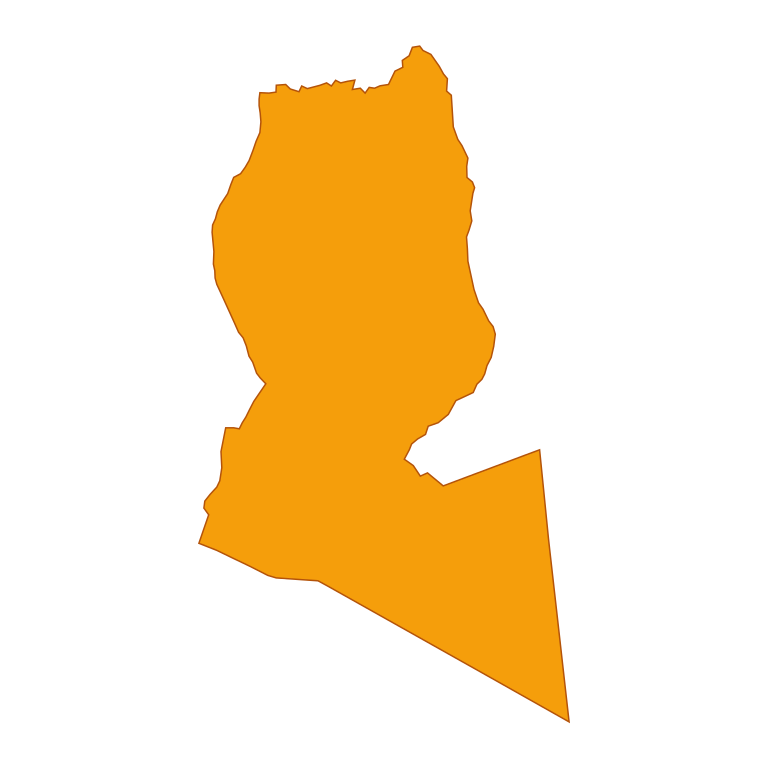 São Francisco do Pará, Pará, Brazil
{"feature_id": "56859067B25031377074866", "entity_name": "São Francisco do Pará", "entity_type": "district", "adm_level": 2, "iso_a3": "BRA", "parent_name": "Brazil", "parent_adm1": "Pará", "projection": "robinson", "projection_center": [-47.76, -1.208], "detail": "fine", "context": "isolated", "style": "filled", "palette": "amber", "viewbox_px": 768, "rotation_deg": 0, "n_neighbors": 0, "source": "geoboundaries", "source_scale": "gbopen_adm2", "svg_char_len": 1811}
<svg xmlns="http://www.w3.org/2000/svg" viewBox="0 0 768 768"><path d="M569.1,721.9L558.4,626.7L549.7,549.7L548.4,537.9L543.6,489.7L539.6,449.8L526.1,454.8L443.2,485.9L427.5,472.9L420.3,476.1L413.3,465.6L404.3,459.2L409.3,449.8L411.6,444.0L417.7,438.9L425.5,434.4L428.2,426.2L438.2,422.7L448.3,414.4L455.9,400.6L473.2,392.5L476.9,384.2L481.9,379.3L484.7,373.9L487.0,365.6L491.2,357.4L493.7,346.5L495.3,334.2L493.1,326.6L488.7,320.9L483.0,309.2L478.5,302.8L474.0,289.5L467.9,261.2L467.4,248.9L466.5,236.9L469.0,230.2L471.8,220.9L470.2,210.8L472.9,193.3L474.6,187.7L472.4,182.0L467.0,177.5L466.7,166.4L467.9,158.1L462.0,145.7L457.8,139.4L453.3,126.9L451.3,95.2L446.6,91.1L447.4,78.7L443.5,74.0L439.3,66.4L430.9,54.4L423.0,50.5L419.7,46.1L412.4,47.3L409.1,55.8L402.3,60.4L402.8,67.3L395.0,71.1L388.5,84.5L380.1,85.8L374.6,88.2L369.2,87.4L365.1,93.1L360.3,88.2L352.4,89.5L354.9,80.1L347.5,81.3L340.7,82.9L335.6,80.3L331.4,86.0L326.6,82.9L319.6,85.4L307.3,88.6L301.7,86.0L299.0,91.7L290.3,89.0L285.7,84.5L276.3,85.2L276.0,92.1L269.0,93.1L259.9,92.7L259.1,99.1L259.1,105.7L260.2,113.0L260.9,121.9L259.9,132.6L256.1,141.3L253.0,150.4L249.1,160.6L245.2,167.3L240.6,173.7L233.7,177.4L230.9,184.4L227.7,193.6L220.2,205.0L217.3,211.8L215.4,218.9L212.6,225.0L212.1,232.3L213.9,251.5L213.4,264.1L214.8,270.7L215.1,278.0L216.8,284.3L223.0,297.7L234.1,322.1L238.6,332.3L243.1,337.8L246.3,345.9L249.0,356.2L252.7,362.1L256.6,373.2L260.2,377.9L265.8,383.8L253.8,401.4L249.5,409.7L245.9,417.0L242.3,422.7L239.3,428.8L233.7,427.8L225.7,427.8L221.0,451.6L221.8,467.8L219.8,480.8L216.8,487.1L210.1,494.4L204.8,501.1L203.9,508.1L208.7,514.8L198.9,543.3L207.0,546.5L216.6,550.3L233.6,558.5L249.5,566.1L267.8,575.4L276.2,577.9L318.0,580.8L326.1,585.2L487.2,675.7L569.1,721.9Z" fill="#f59e0b" stroke="#b45309" stroke-width="1.5"/></svg>